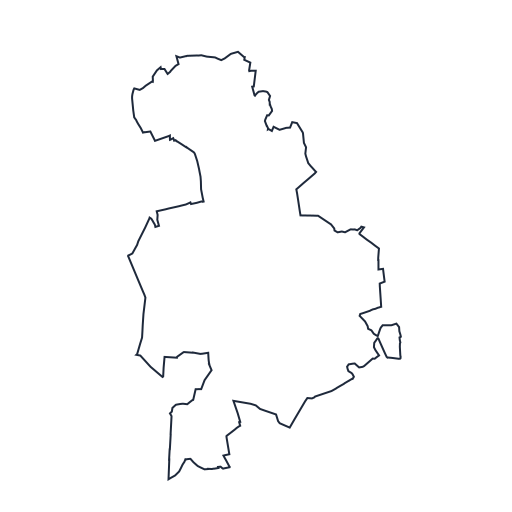 Vecauces pag., Auces, Latvia (Mercator projection), rotated 82°
{"feature_id": "27541924B96386945855845", "entity_name": "Vecauces pag.", "entity_type": "district", "adm_level": 2, "iso_a3": "LVA", "parent_name": "Latvia", "parent_adm1": "Auces", "projection": "mercator", "projection_center": [22.949, 56.481], "detail": "fine", "context": "isolated", "style": "outline", "palette": "slate", "viewbox_px": 512, "rotation_deg": 82, "n_neighbors": 0, "source": "geoboundaries", "source_scale": "gbopen_adm2", "svg_char_len": 5924}
<svg xmlns="http://www.w3.org/2000/svg" viewBox="0 0 512 512"><g transform="rotate(82 256 256)"><path d="M346.3,124.2L342.5,126.4L343.4,131.4L343.4,131.8L343.3,132.7L343.0,134.8L342.2,140.2L342.4,140.4L344.2,142.3L345.2,143.0L348.1,144.5L350.9,145.9L351.4,146.1L352.2,146.6L350.8,148.6L349.6,149.9L349.4,150.2L346.0,151.9L345.7,152.1L345.5,152.3L345.3,152.6L344.5,153.9L343.7,155.1L341.0,155.2L336.0,157.1L329.7,161.7L327.9,160.8L327.6,158.7L326.1,150.8L325.7,149.8L325.1,147.7L324.9,145.1L324.2,142.6L324.1,141.4L323.7,139.3L323.7,139.1L315.6,138.5L303.2,137.6L300.5,137.3L299.3,132.2L286.4,132.0L286.4,136.6L277.1,135.3L277.0,135.6L274.2,135.1L265.7,133.2L265.5,133.4L262.0,137.0L259.0,139.9L255.3,143.9L248.7,150.4L248.5,150.5L248.2,150.5L247.8,150.3L242.7,145.1L241.6,147.6L242.7,148.6L244.6,152.2L243.4,154.5L243.4,155.3L242.8,158.7L244.9,164.5L243.7,167.6L243.9,171.9L241.7,174.7L239.6,174.7L235.0,177.4L234.9,177.6L224.8,188.9L224.2,192.5L224.0,193.5L223.6,196.0L222.0,206.3L217.1,206.4L206.8,206.5L199.8,206.6L195.6,206.8L190.7,199.3L184.4,189.4L182.4,186.3L181.1,184.8L179.9,185.7L176.3,188.1L174.6,189.3L172.0,190.9L171.4,191.3L164.3,192.6L161.5,192.9L155.3,191.3L150.7,192.8L141.2,192.4L140.2,192.5L133.1,195.6L130.1,196.9L128.5,201.5L133.6,204.4L133.5,205.6L133.3,208.3L133.6,210.1L134.3,215.1L130.5,220.6L134.4,222.9L132.0,225.9L132.3,226.6L131.2,226.3L128.6,227.1L128.6,227.3L123.6,228.4L122.2,227.8L118.2,225.4L118.6,223.8L114.6,219.9L112.6,219.9L110.0,220.7L108.0,221.0L108.0,221.3L107.0,221.2L105.4,221.0L103.2,221.5L99.5,219.8L95.3,221.9L94.6,223.1L93.7,226.1L93.7,230.5L94.6,231.9L94.7,232.0L94.8,232.2L96.4,234.1L97.1,234.7L96.8,235.0L96.6,235.1L87.8,236.2L87.8,234.6L72.5,230.5L72.0,234.1L71.9,235.0L71.9,235.8L72.0,236.9L71.2,237.0L63.7,234.7L60.1,240.3L57.5,239.5L57.4,240.1L52.6,244.3L51.3,245.4L52.2,251.9L52.4,252.9L56.1,259.7L56.3,260.5L57.2,263.1L57.1,263.3L55.2,266.6L53.9,268.5L53.6,269.1L51.7,277.0L49.9,281.5L49.6,282.2L49.5,285.0L49.4,285.5L49.2,286.7L48.2,296.3L48.4,297.2L48.3,297.3L48.9,303.7L47.1,307.0L55.2,306.0L56.5,309.2L60.7,314.5L61.7,315.4L63.4,318.2L58.1,320.6L57.6,323.9L57.6,324.1L55.8,324.2L58.4,328.3L64.0,333.3L68.2,333.7L69.2,334.0L68.8,334.8L72.0,341.5L74.0,344.6L75.2,347.7L75.3,348.1L73.1,353.2L73.9,353.8L74.8,354.3L78.4,355.8L80.4,356.4L81.4,356.6L83.0,356.8L94.8,357.3L97.2,357.3L101.8,357.3L104.8,355.7L106.0,355.4L108.6,354.4L113.3,352.3L118.1,350.7L117.8,349.5L118.0,349.3L118.0,348.6L118.0,343.6L118.0,343.3L127.5,340.1L127.9,340.0L126.8,334.4L125.1,325.8L124.7,324.5L128.5,325.0L129.0,325.0L128.8,324.2L127.8,321.6L129.2,321.2L130.4,321.0L130.1,319.5L130.8,319.2L131.4,318.5L131.3,318.4L134.9,314.2L138.7,309.9L138.5,309.7L139.2,309.1L144.7,303.1L145.2,302.8L146.2,302.4L147.1,302.2L153.8,301.0L161.8,300.3L164.3,300.2L169.8,299.9L174.4,300.2L182.3,301.1L190.4,300.7L190.6,300.7L194.8,300.3L194.9,301.3L194.4,302.4L195.1,307.2L195.5,313.1L193.8,313.5L194.3,315.0L195.2,318.2L195.3,318.7L195.3,319.0L195.8,324.0L195.9,324.5L196.3,329.3L196.4,330.6L196.8,335.8L197.2,339.2L197.9,348.1L201.6,347.7L206.4,348.7L212.6,347.9L213.2,351.6L211.5,351.7L210.7,351.9L209.6,352.3L208.6,352.8L207.4,353.2L205.8,353.9L204.5,354.5L203.2,356.0L203.9,356.3L212.9,362.1L213.3,362.4L225.0,370.5L228.5,372.2L231.1,374.2L236.3,378.1L237.2,380.6L237.7,382.4L238.2,382.7L238.8,382.5L262.1,376.4L275.3,372.9L278.5,372.0L281.8,371.3L282.6,371.5L297.7,375.5L308.7,377.8L315.0,379.0L320.5,380.1L321.2,380.3L326.7,382.9L336.5,387.3L336.8,387.6L337.2,388.2L338.5,384.4L349.8,376.7L351.1,375.8L360.0,367.9L362.8,365.4L362.4,364.7L353.6,363.0L343.2,360.6L345.7,348.5L345.1,348.4L344.8,348.1L341.2,341.2L341.1,340.7L343.0,332.0L342.8,331.9L345.2,324.8L345.3,322.7L345.2,316.8L351.2,317.3L352.7,317.4L354.3,317.4L355.9,317.4L356.4,317.3L356.5,317.6L362.9,315.9L371.8,324.2L380.2,328.8L379.5,334.3L389.7,338.2L389.8,338.3L389.8,338.9L391.5,341.9L393.2,344.7L392.1,349.0L392.0,351.6L392.1,355.0L392.2,356.1L394.8,359.9L398.4,361.0L399.9,363.1L402.6,362.0L403.2,362.0L420.7,365.4L420.8,365.3L435.4,368.2L435.4,368.4L445.5,370.4L445.5,370.2L464.9,373.7L463.8,371.1L463.0,369.0L462.1,366.7L461.3,365.6L458.7,362.1L455.6,359.9L452.3,357.7L449.8,355.5L447.5,354.2L447.7,353.9L447.8,353.7L447.7,353.6L447.6,353.1L447.7,349.3L447.8,349.1L451.6,346.6L455.0,343.7L455.9,342.9L457.3,340.9L459.3,337.9L460.1,336.6L460.3,332.9L460.1,332.9L460.8,329.4L460.7,327.9L460.8,326.7L460.7,322.7L459.6,322.9L459.7,320.4L460.5,319.7L461.2,319.1L462.0,318.2L461.9,317.8L461.5,311.5L461.3,311.4L461.2,311.5L454.1,314.1L452.1,314.9L450.8,315.4L450.4,315.5L449.1,316.0L448.9,314.1L448.6,310.0L432.5,310.4L430.7,310.4L430.2,310.3L429.9,309.9L424.9,301.1L423.6,299.1L422.4,296.7L421.9,295.3L418.2,295.8L418.1,294.7L409.2,296.0L396.3,298.5L401.6,281.9L403.9,277.0L404.0,276.9L408.0,273.3L410.5,268.5L415.7,258.2L422.6,257.1L424.9,255.8L428.3,250.3L430.6,246.5L422.8,240.4L406.5,227.4L406.3,227.2L403.8,224.9L404.7,221.0L404.8,220.6L404.8,220.3L404.1,217.9L403.4,217.1L401.8,208.5L400.3,200.4L400.1,199.7L398.4,195.3L397.9,194.4L396.3,190.5L394.9,186.9L394.3,185.9L390.9,177.7L391.1,177.4L389.5,176.1L389.2,175.9L386.6,176.8L385.4,177.5L385.0,177.9L382.9,180.5L380.5,181.0L378.3,181.2L376.2,179.3L376.2,179.2L376.2,178.2L376.1,175.0L376.2,173.2L380.6,169.5L380.6,169.3L380.7,169.2L380.7,168.9L380.6,165.9L380.3,164.9L380.0,164.2L373.8,154.7L374.1,153.6L374.2,153.1L374.2,152.7L372.8,150.3L371.6,148.0L365.9,150.8L363.0,151.8L362.7,151.9L358.5,151.0L358.2,150.8L356.6,149.2L354.7,147.5L354.4,147.1L354.4,146.8L354.6,146.5L355.0,146.2L356.0,145.9L357.3,145.6L369.8,142.0L374.0,140.7L374.9,140.0L374.8,139.8L375.3,137.8L375.5,136.8L376.3,133.8L377.3,130.2L377.7,128.8L377.7,127.5L377.3,127.1L375.6,126.8L375.0,126.9L374.2,126.9L365.9,126.2L362.5,125.6L361.8,125.1L359.3,125.3L356.6,125.2L356.5,124.9L356.3,124.0L356.1,123.8L355.6,123.8L353.7,124.0L350.5,124.5L346.3,124.2Z" fill="none" stroke="#1e293b" stroke-width="2"/></g></svg>